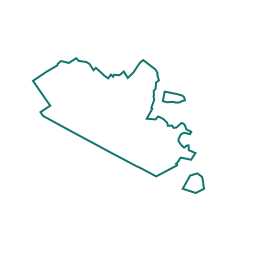 outline of Norfolk, Massachusetts, United States of America, rotated 56°
{"feature_id": "52423323B66944886224636", "entity_name": "Norfolk", "entity_type": "district", "adm_level": 2, "iso_a3": "USA", "parent_name": "United States of America", "parent_adm1": "Massachusetts", "projection": "albers", "projection_center": [-71.138, 42.168], "detail": "fine", "context": "isolated", "style": "outline", "palette": "teal", "viewbox_px": 256, "rotation_deg": 56, "n_neighbors": 0, "source": "geoboundaries", "source_scale": "gbopen_adm2", "svg_char_len": 1563}
<svg xmlns="http://www.w3.org/2000/svg" viewBox="0 0 256 256"><g transform="rotate(56 128 128)"><path d="M115.2,88.1L111.6,85.9L110.9,83.2L106.0,79.3L105.9,76.9L105.7,75.7L100.3,74.0L99.4,72.9L95.0,72.5L80.2,77.4L80.4,80.7L81.1,83.1L85.0,92.4L86.4,100.2L78.8,99.9L79.5,105.5L76.1,109.8L77.2,111.7L74.2,112.3L75.8,116.7L71.2,118.4L65.3,119.7L60.2,121.0L60.8,124.3L53.6,124.1L50.0,125.6L44.8,131.4L41.2,131.9L41.0,140.7L35.1,146.0L35.5,150.4L36.6,151.7L35.8,163.9L35.8,175.4L35.8,180.4L46.2,180.3L54.9,180.2L66.0,180.0L65.9,191.7L70.4,191.7L90.0,181.6L109.9,171.2L114.8,168.6L118.4,166.7L121.0,165.3L128.7,161.3L135.4,157.8L143.7,153.4L148.7,150.7L157.9,145.8L158.9,145.3L164.0,142.6L166.3,141.1L169.3,139.4L177.6,135.0L183.9,131.7L186.4,108.2L185.4,107.8L184.5,108.2L184.4,106.8L183.5,104.2L182.1,101.6L182.2,100.6L189.6,93.5L186.5,86.1L180.4,90.0L176.3,87.5L175.4,89.1L175.7,92.4L172.8,93.3L167.2,93.5L165.4,92.2L163.1,88.2L163.0,87.4L162.8,86.4L163.5,83.9L167.8,80.0L166.5,77.7L161.8,80.4L157.1,79.2L154.8,79.9L153.7,81.0L154.7,87.5L153.4,90.2L150.7,90.1L148.4,93.7L145.6,92.6L140.3,93.7L140.2,93.7L136.5,95.8L135.3,96.6L136.3,100.3L130.8,107.3L125.7,97.1L124.3,97.4L119.4,90.6L116.0,89.1L115.2,88.1ZM220.9,98.8L218.8,98.1L212.9,95.0L209.6,94.0L204.4,95.9L202.2,103.1L209.0,116.6L218.8,108.9L219.8,108.1L220.9,98.8ZM124.0,71.7L120.9,74.6L118.4,77.3L122.0,80.9L125.2,84.1L128.3,81.5L131.7,75.8L133.6,74.3L134.9,72.4L135.9,69.9L135.9,68.2L136.9,65.4L135.1,64.6L133.2,64.3L131.3,65.0L126.8,68.8L124.0,71.7Z" fill="none" stroke="#0f766e" stroke-width="2"/></g></svg>